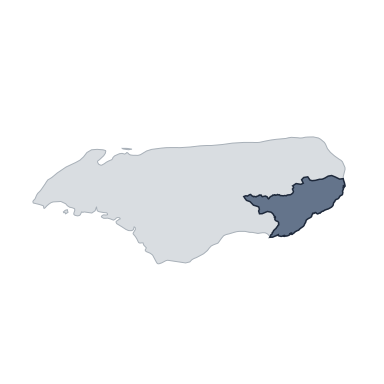 location of Atsimo-Andrefana within Madagascar, rotated 247°
{"feature_id": "MDG-5866", "entity_name": "Atsimo-Andrefana", "entity_type": "Autonomous Province", "adm_level": 1, "iso_a3": "MDG", "parent_name": "Madagascar", "parent_adm1": "", "projection": "orthographic", "projection_center": [44.623, -23.116], "detail": "fine", "context": "in_parent", "style": "filled", "palette": "slate", "viewbox_px": 384, "rotation_deg": 247, "n_neighbors": 0, "source": "natural_earth", "source_scale": "10m", "svg_char_len": 8321}
<svg xmlns="http://www.w3.org/2000/svg" viewBox="0 0 384 384"><g transform="rotate(247 192 192)"><path d="M251.1,49.6L252.0,52.0L253.2,54.3L256.7,59.8L258.2,61.9L259.5,64.1L260.1,68.5L262.2,75.5L264.2,85.8L264.6,96.4L265.1,101.3L266.7,105.9L269.4,110.7L270.1,116.0L268.3,121.4L265.7,126.4L265.0,127.4L263.9,128.6L263.3,128.6L261.4,127.2L259.9,124.9L258.0,119.8L257.3,117.2L256.5,116.7L254.1,116.9L252.4,118.4L252.0,119.4L252.3,122.3L252.9,124.9L253.1,127.5L253.1,130.8L253.7,131.9L254.6,132.7L255.5,134.9L255.6,140.1L254.9,142.7L253.2,144.9L253.3,146.1L253.8,147.4L253.2,148.1L251.0,149.0L250.1,149.9L248.8,152.1L246.8,156.7L246.5,159.1L247.5,166.3L247.0,171.5L244.3,181.2L242.8,185.8L240.6,191.3L237.4,198.6L234.2,207.7L231.4,217.2L229.4,222.8L227.1,228.4L223.9,238.3L221.2,248.3L217.3,259.3L212.0,271.6L211.4,273.2L210.2,279.5L209.0,285.0L207.5,290.4L204.6,299.4L204.2,302.1L203.5,304.8L200.7,310.4L199.5,312.5L198.7,314.7L198.2,317.5L197.3,320.2L195.3,325.2L192.3,329.5L190.3,331.0L186.0,333.2L183.8,333.6L179.0,333.6L174.4,334.9L169.5,337.3L164.8,340.2L163.0,341.5L161.1,342.3L154.9,342.4L153.1,341.8L146.9,337.1L144.6,336.3L140.0,335.6L138.7,335.2L137.4,334.6L135.6,332.2L131.9,330.1L131.1,329.5L130.5,328.0L130.1,326.5L129.2,324.8L128.5,321.5L127.3,319.2L123.9,315.1L123.5,313.8L123.2,309.5L123.3,306.6L122.9,301.3L123.3,298.7L124.5,296.5L124.0,294.0L122.7,291.5L122.2,288.8L121.2,286.4L117.6,282.0L116.8,279.9L116.2,277.7L114.8,270.7L114.6,268.3L114.8,263.2L115.2,260.6L116.1,258.7L116.3,257.4L116.8,256.2L117.7,255.2L118.3,254.1L119.6,247.6L121.2,246.1L123.8,245.2L125.8,243.5L126.9,241.2L128.1,236.5L131.3,231.7L132.4,229.2L135.0,225.5L137.3,220.2L138.0,217.7L138.4,215.2L139.0,209.6L139.5,206.8L139.4,204.1L138.0,201.3L134.9,196.2L134.8,195.2L135.0,191.4L134.8,188.6L133.6,185.9L132.1,183.3L130.6,178.5L129.9,170.5L130.0,167.6L129.6,165.1L128.5,162.7L129.2,158.4L138.7,142.9L139.0,141.1L138.6,136.4L138.8,133.7L139.2,132.7L139.9,132.1L141.5,131.8L149.3,131.1L150.3,130.6L152.2,129.4L154.8,126.8L156.1,126.1L157.1,126.4L157.8,127.5L158.6,128.1L161.8,126.9L163.0,126.9L164.2,127.1L164.8,126.1L165.1,124.7L165.6,123.7L166.4,123.1L170.4,122.9L173.0,122.5L176.3,121.5L177.1,121.7L179.7,125.3L180.5,125.6L181.5,125.8L182.5,125.1L180.3,123.3L180.0,122.2L180.1,121.0L181.3,118.5L183.3,116.6L187.6,113.7L192.2,110.4L193.5,110.2L194.6,110.7L195.4,114.7L195.3,115.4L196.0,115.5L196.8,115.0L197.6,113.4L197.6,112.1L197.0,110.8L196.8,109.7L196.8,108.7L199.1,106.4L200.9,104.1L201.8,101.5L202.5,100.2L204.4,98.9L205.0,99.1L205.4,100.2L205.6,101.4L205.1,102.6L204.4,103.8L204.1,105.4L205.2,105.7L206.2,105.3L207.7,102.5L209.4,99.9L210.4,98.5L211.7,97.5L213.8,97.8L215.8,98.4L212.6,95.5L211.8,91.6L215.8,84.9L215.9,83.5L216.5,83.1L216.8,82.6L214.7,80.3L214.4,79.1L214.7,77.4L215.7,75.9L216.6,74.9L217.8,74.5L218.8,75.1L221.0,77.0L222.5,77.4L224.3,75.6L225.8,73.4L228.1,71.9L230.6,71.1L234.5,67.6L237.1,60.4L237.3,58.2L236.8,55.6L236.0,53.1L234.6,50.0L235.0,49.3L237.1,49.8L237.8,49.4L240.1,46.7L243.9,41.6L245.2,41.7L246.2,42.7L246.6,44.1L247.3,45.2L249.8,47.7L251.1,49.6ZM224.5,69.5L224.5,70.3L221.7,69.9L221.3,67.1L222.7,67.1L223.0,65.9L223.9,65.8L224.7,68.3L224.5,69.5ZM257.4,149.5L254.9,153.5L255.7,150.1L258.6,145.3L259.4,144.9L257.4,149.5Z" fill="#d9dde1" stroke="#a8b0b8" stroke-width="1"/><path d="M145.2,336.4L143.1,336.0L140.9,335.9L137.9,335.3L137.5,335.1L137.2,334.2L136.6,333.5L136.4,333.0L136.8,333.2L137.2,333.5L137.8,334.2L138.2,334.5L138.5,334.5L138.7,334.3L138.6,333.8L138.3,333.8L138.0,333.7L137.5,333.1L137.2,332.9L136.9,332.8L136.5,332.7L136.1,332.7L135.4,332.4L134.2,331.0L133.5,330.7L132.8,330.7L132.6,330.6L130.9,329.5L130.7,329.0L130.6,327.3L130.4,326.5L128.9,324.5L128.7,323.8L128.8,321.7L128.6,321.0L128.4,320.6L127.5,319.6L127.4,319.6L127.2,319.3L127.2,319.1L127.1,318.6L127.0,318.4L126.3,317.8L124.9,316.9L124.3,316.2L123.6,314.6L123.2,311.2L123.5,307.4L123.1,305.2L123.3,304.6L123.3,304.3L123.3,304.1L123.1,303.4L122.9,302.5L122.8,302.1L122.5,301.7L122.8,301.2L122.7,299.7L122.8,298.9L123.3,298.5L124.7,297.9L125.0,297.4L125.0,297.0L124.7,296.4L124.7,296.0L125.0,295.7L125.3,295.2L125.2,294.8L125.0,294.5L124.4,294.0L124.0,293.5L123.1,292.6L122.9,292.5L122.7,292.5L122.6,292.3L122.5,292.2L122.4,291.7L122.2,290.9L122.1,288.9L121.8,287.2L121.5,286.3L121.0,285.7L119.5,284.6L119.3,284.3L119.0,283.6L118.7,283.3L118.3,283.0L117.6,282.2L117.1,281.5L116.9,281.1L116.8,280.8L116.7,279.8L116.4,279.2L116.3,278.0L116.0,277.4L115.9,276.6L115.8,276.4L115.5,276.0L115.4,275.8L115.2,275.3L115.2,274.8L115.3,273.8L115.1,271.7L114.8,270.6L114.3,269.6L114.3,269.4L114.3,269.1L114.3,268.9L114.1,268.4L113.9,267.8L113.9,267.4L114.4,267.0L114.9,267.0L115.4,267.4L115.5,267.0L115.5,266.6L115.4,266.2L115.4,265.8L114.7,265.8L114.4,264.9L114.3,262.9L114.4,262.6L114.6,262.2L114.6,261.4L114.7,261.2L114.8,261.0L114.9,260.9L115.0,260.8L115.2,260.7L115.0,260.1L115.1,259.8L115.1,259.5L115.3,259.3L115.5,259.0L115.7,259.4L115.7,259.7L115.6,260.6L116.0,259.9L116.1,258.9L116.1,257.7L116.2,256.9L116.4,256.5L117.8,254.7L118.1,254.5L118.5,254.4L119.0,254.7L118.9,248.7L119.1,248.1L119.5,247.1L119.7,246.5L119.8,246.9L120.0,246.9L120.4,246.5L120.7,247.0L121.5,247.5L121.8,248.0L122.0,249.2L122.2,249.4L123.1,249.9L123.3,250.2L123.4,250.6L123.6,251.0L124.0,251.5L124.6,252.0L124.8,252.4L124.8,252.9L124.9,253.1L125.3,253.8L125.4,254.2L125.5,254.7L125.6,255.2L126.3,255.8L126.5,256.1L126.5,256.4L126.7,256.8L127.0,257.4L127.6,257.9L127.7,258.2L127.8,258.7L127.8,258.9L128.1,259.1L128.4,259.1L128.6,259.2L128.9,259.2L129.1,259.3L129.3,259.6L129.5,259.7L130.0,259.8L130.4,259.7L131.2,259.5L131.5,259.4L132.0,258.7L132.4,258.3L133.0,257.9L133.8,257.6L134.5,257.6L135.2,258.0L135.6,258.6L135.8,258.7L136.2,258.2L136.4,257.9L136.7,258.0L136.8,258.2L137.0,258.8L137.6,258.4L138.3,258.2L139.9,258.1L140.9,257.6L141.7,257.4L142.2,257.1L142.6,256.8L144.6,253.8L144.6,248.1L145.6,245.6L148.5,245.9L149.8,247.3L152.2,247.6L153.8,245.9L155.9,243.4L160.4,241.7L163.0,238.9L165.2,238.3L167.6,237.9L167.5,240.0L167.4,240.1L167.3,240.3L167.1,240.8L166.9,241.0L166.7,241.2L166.6,241.3L166.6,241.6L167.0,243.9L167.0,244.1L166.9,244.7L166.9,244.8L166.8,245.0L166.7,245.1L166.1,245.2L165.7,245.4L165.2,245.6L164.9,245.8L164.7,246.0L164.4,246.1L164.2,246.3L164.2,246.6L163.8,246.8L163.7,246.8L163.5,247.0L163.5,247.5L163.5,247.8L163.4,247.9L163.4,248.0L162.6,248.9L162.5,249.0L162.5,249.3L162.7,249.9L162.7,250.2L162.7,250.3L162.5,250.8L162.5,251.1L162.9,252.6L162.9,252.8L162.8,253.1L162.7,253.1L162.3,253.3L162.3,253.5L162.3,253.8L162.3,254.0L162.3,254.3L162.2,254.3L161.7,254.5L160.8,254.6L160.6,254.6L160.4,254.7L160.3,254.8L160.2,254.9L160.2,255.0L159.6,258.0L159.4,258.2L159.3,258.3L159.0,258.3L158.9,258.4L158.8,258.5L158.7,258.6L158.6,259.0L158.4,259.2L157.5,259.4L156.6,259.4L156.4,259.5L156.2,259.5L155.9,259.7L155.8,259.8L155.9,260.2L156.0,260.5L156.5,261.1L156.8,261.7L156.9,262.0L157.0,262.1L157.0,262.3L157.2,263.3L157.2,263.6L157.1,263.8L157.1,264.0L157.2,264.4L157.5,264.9L157.5,265.1L157.6,265.3L157.5,265.5L157.4,265.6L157.1,265.9L157.0,266.0L157.2,266.5L157.2,266.9L157.1,267.1L157.0,267.3L156.7,267.3L156.4,267.5L156.4,267.9L156.3,268.1L156.2,268.2L156.2,268.5L156.2,268.8L156.2,269.1L156.3,269.5L156.3,269.8L156.2,269.9L155.8,270.0L155.7,270.1L155.5,270.6L155.5,271.0L155.4,271.3L155.0,271.5L154.6,271.6L154.3,271.7L154.2,271.8L154.1,272.0L154.1,272.3L154.0,272.5L153.9,272.6L152.9,274.4L152.7,274.9L152.7,275.1L152.6,275.7L152.5,276.0L152.4,276.2L151.9,277.0L151.7,277.4L151.7,277.5L151.8,277.7L151.9,278.2L152.0,278.3L152.0,278.6L151.9,278.7L151.8,279.0L151.7,279.5L151.6,279.9L151.5,280.1L151.4,280.3L151.2,281.2L151.0,281.6L151.0,281.8L151.1,282.2L151.1,282.5L151.1,282.8L151.2,283.0L151.3,283.1L151.4,283.3L151.5,283.9L151.5,284.0L151.7,284.4L151.9,284.6L152.1,284.9L152.7,285.5L152.8,285.6L153.0,285.6L153.3,285.7L153.5,285.7L154.3,285.6L154.5,285.6L154.9,285.7L155.0,285.7L155.3,285.6L155.5,285.6L155.6,285.8L155.7,286.1L155.8,286.3L156.0,286.6L156.1,287.0L156.3,287.2L156.5,287.3L157.0,287.2L157.3,287.3L157.6,287.4L157.8,287.4L158.0,287.3L158.3,287.1L159.1,291.1L156.5,295.2L156.6,297.9L160.5,297.7L161.7,300.5L160.7,304.5L156.8,305.3L155.5,307.0L154.5,310.1L153.9,314.3L152.9,316.8L152.9,319.7L153.4,323.6L152.6,327.0L149.8,329.8L146.2,332.9L145.2,336.4Z" fill="#64748b" stroke="#1e293b" stroke-width="1.5"/></g></svg>